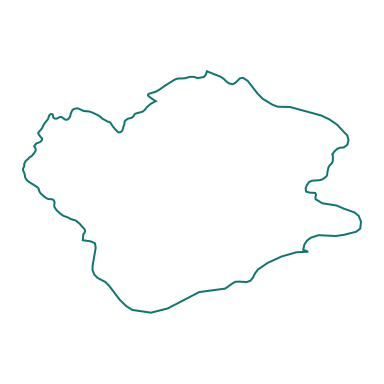 Južno-Banatski, Robinson projection
{"feature_id": "SRB-1060", "entity_name": "Južno-Banatski", "entity_type": "District", "adm_level": 1, "iso_a3": "SRB", "parent_name": "Republic of Serbia", "parent_adm1": "", "projection": "robinson", "projection_center": [20.779, 44.991], "detail": "fine", "context": "isolated", "style": "outline", "palette": "teal", "viewbox_px": 384, "rotation_deg": 0, "n_neighbors": 0, "source": "natural_earth", "source_scale": "10m", "svg_char_len": 3925}
<svg xmlns="http://www.w3.org/2000/svg" viewBox="0 0 384 384"><path d="M206.9,71.3L220.8,76.8L223.8,78.9L226.3,81.4L228.9,83.4L232.4,84.2L235.2,83.0L239.9,78.4L243.0,77.8L247.7,80.9L257.8,93.8L262.6,98.7L272.4,104.7L277.6,106.7L290.0,107.0L321.3,115.5L329.6,119.5L337.2,124.8L344.5,132.6L347.2,135.3L348.5,140.1L347.4,144.7L343.7,147.5L340.1,147.7L337.0,149.0L334.5,151.3L332.3,154.3L332.7,154.8L332.9,157.0L332.9,159.7L332.7,161.5L331.9,163.1L329.4,165.7L328.5,167.2L327.4,172.3L327.2,174.8L326.3,176.6L322.6,179.3L319.5,180.2L312.0,180.7L309.1,182.0L307.0,184.9L305.6,188.6L306.2,191.7L310.2,192.7L315.2,192.9L316.1,194.8L315.4,197.2L315.6,199.2L322.4,203.3L336.6,205.5L344.0,208.7L354.2,212.3L358.6,215.7L361.0,221.7L360.2,228.7L356.0,231.8L344.0,234.8L335.8,236.0L318.6,235.2L310.8,237.7L306.9,240.7L304.3,244.8L303.2,249.8L308.2,251.7L296.2,252.3L281.6,256.5L267.8,262.8L257.9,269.5L255.1,273.3L253.0,277.4L250.5,280.7L246.7,282.1L239.3,281.6L235.3,281.8L232.5,283.4L225.2,288.6L213.1,290.2L199.1,292.1L167.8,308.4L151.0,312.7L141.7,311.3L132.5,310.0L126.1,306.0L119.7,299.7L109.3,286.0L105.5,282.1L97.4,277.8L94.1,274.3L92.5,270.0L92.6,265.7L95.7,247.8L95.0,243.4L91.3,241.5L82.8,240.2L83.3,234.3L84.4,232.9L84.8,232.1L85.0,231.3L85.0,230.5L84.8,229.8L84.3,229.0L83.7,228.2L82.2,226.7L80.3,224.4L78.0,222.3L76.4,221.0L75.5,220.5L74.8,220.2L72.3,219.5L70.8,219.0L67.8,217.4L64.1,216.1L62.8,215.4L61.1,214.3L58.6,212.1L57.0,210.6L56.3,209.8L54.9,207.7L54.5,207.0L54.3,206.2L54.2,205.4L54.5,203.3L54.5,202.5L54.4,201.6L54.1,200.9L53.7,200.3L53.1,199.8L52.4,199.4L52.1,199.3L49.4,199.1L48.4,199.0L47.7,198.8L46.8,198.4L45.2,197.4L42.5,195.1L40.8,193.5L40.1,192.6L39.5,191.7L39.2,191.0L38.8,189.3L38.5,188.6L38.0,187.9L37.3,187.2L34.6,185.4L32.6,184.2L28.5,181.6L27.7,181.0L26.6,179.9L25.8,178.6L25.3,177.6L25.0,176.6L24.7,174.5L24.4,173.4L23.2,170.5L23.0,169.8L23.0,168.9L23.3,168.1L24.1,166.5L24.3,165.8L24.3,165.1L24.1,164.3L25.7,160.9L28.1,159.0L29.5,157.3L31.5,156.1L32.2,155.5L34.9,152.0L35.3,151.2L35.6,150.5L35.7,149.7L35.7,149.0L35.5,148.3L34.7,147.2L34.3,146.7L34.3,146.0L34.9,145.1L36.2,143.7L36.8,143.2L37.4,143.0L39.4,142.3L40.0,142.0L40.7,141.5L41.5,140.7L41.8,140.1L42.0,139.3L42.0,138.5L41.5,137.9L40.1,136.3L38.6,134.2L38.3,133.6L38.2,133.2L38.5,132.4L39.2,131.6L41.7,128.7L42.3,127.8L42.9,126.4L44.0,124.3L44.9,122.9L47.7,119.5L48.2,118.7L48.9,116.2L49.3,115.5L49.7,114.9L50.3,114.4L50.9,114.1L51.4,114.0L51.9,114.1L52.6,114.5L52.9,114.9L53.0,115.4L53.2,117.0L53.5,117.6L53.8,118.0L54.3,118.3L54.9,118.6L55.7,118.7L56.6,118.6L57.2,118.4L57.8,118.1L58.9,117.5L60.0,117.0L60.5,116.9L61.1,117.0L62.0,117.3L64.5,119.2L65.7,119.7L66.7,119.8L67.5,119.5L68.2,119.0L68.9,118.3L69.8,117.0L70.2,116.4L70.7,113.9L71.9,111.1L72.2,110.4L72.7,109.8L73.7,109.2L74.8,108.7L76.6,108.4L77.2,108.4L78.0,108.5L78.9,108.8L82.9,110.7L84.0,111.0L85.1,111.1L88.5,111.4L89.6,111.6L91.7,112.3L95.7,114.1L98.3,115.4L100.0,116.5L101.8,118.2L102.7,118.8L108.2,121.9L108.9,121.9L109.8,122.3L110.5,122.9L111.0,123.6L112.4,125.8L115.4,129.6L117.6,131.6L118.0,132.0L118.7,132.4L119.3,132.4L119.9,132.3L120.4,132.1L121.4,131.5L121.9,131.1L122.3,130.6L122.5,130.0L123.4,126.7L124.3,124.6L124.4,123.9L124.5,122.1L124.6,121.5L124.9,121.1L125.3,120.6L126.7,119.5L127.5,119.0L128.0,118.7L128.6,118.5L130.7,118.1L131.2,117.9L132.4,117.3L132.9,116.9L133.3,116.4L134.5,114.5L135.1,113.9L135.6,113.6L138.0,112.9L142.2,111.8L143.2,111.2L144.6,110.0L145.1,109.5L146.0,108.3L146.8,107.3L150.3,104.2L151.4,103.4L155.8,101.2L152.0,98.7L148.5,96.1L148.2,95.7L148.0,95.3L148.0,94.8L148.2,94.4L148.9,93.9L149.7,93.5L154.6,92.1L156.6,91.3L157.4,90.8L160.1,89.2L163.4,86.8L167.4,84.2L173.6,80.3L175.0,79.5L176.9,78.8L177.9,78.6L179.0,78.5L183.4,78.4L184.5,78.3L185.6,78.1L188.9,77.1L190.0,76.9L192.3,76.8L193.5,76.9L194.6,77.1L197.0,78.0L197.9,78.0L204.0,77.0L204.3,76.5L206.0,74.3L206.8,71.6L206.9,71.3Z" fill="none" stroke="#0f766e" stroke-width="2"/></svg>